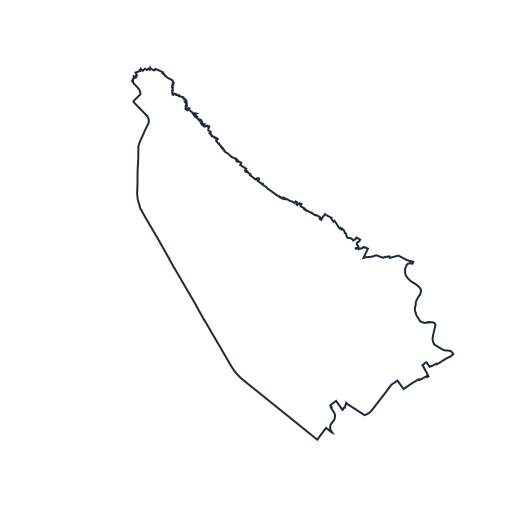 Sector 3, Bucharest, Romania (Natural Earth projection), rotated 42°
{"feature_id": "2599482B73874901058237", "entity_name": "Sector 3", "entity_type": "district", "adm_level": 2, "iso_a3": "ROU", "parent_name": "Romania", "parent_adm1": "Bucharest", "projection": "natural_earth1", "projection_center": [26.157, 44.418], "detail": "fine", "context": "isolated", "style": "outline", "palette": "slate", "viewbox_px": 512, "rotation_deg": 42, "n_neighbors": 0, "source": "geoboundaries", "source_scale": "gbopen_adm2", "svg_char_len": 6009}
<svg xmlns="http://www.w3.org/2000/svg" viewBox="0 0 512 512"><g transform="rotate(42 256 256)"><path d="M468.3,197.1L467.2,196.6L464.7,196.3L463.4,196.8L458.9,200.1L458.1,200.5L448.4,202.4L447.1,202.3L443.9,200.6L442.7,199.4L440.9,196.9L435.7,187.5L435.2,186.9L434.1,186.5L432.3,186.7L431.2,187.4L429.2,189.3L428.9,189.1L428.6,189.4L427.8,190.5L428.1,190.7L426.3,192.7L424.6,193.6L422.4,194.6L421.0,194.5L414.9,192.7L410.2,189.9L409.0,188.5L407.2,185.2L405.9,183.8L404.8,181.2L403.8,176.4L403.7,175.1L403.2,173.6L401.8,171.4L400.9,170.5L398.4,170.0L396.6,169.9L393.2,170.1L388.3,171.1L384.7,171.1L380.8,170.4L379.0,169.4L377.6,168.3L375.4,165.7L374.6,163.7L373.9,161.5L373.9,160.9L374.5,159.4L375.0,158.7L375.9,157.9L377.3,157.3L377.5,157.0L376.7,155.1L373.3,157.0L371.0,158.0L361.6,160.4L356.7,167.8L355.4,167.0L354.7,167.8L354.9,168.0L353.2,169.4L352.7,170.2L352.9,170.2L351.6,172.3L344.9,175.0L342.5,179.1L338.4,183.5L337.2,185.5L334.2,175.7L330.9,176.8L331.0,177.1L329.7,177.6L329.8,178.4L329.2,180.3L328.1,180.8L327.7,182.3L326.5,181.9L325.5,183.8L324.9,183.5L325.5,182.3L325.8,180.7L325.7,180.4L322.7,179.6L322.1,178.0L323.0,176.0L322.4,174.1L318.3,175.0L318.7,177.1L318.4,177.4L318.0,179.4L316.8,179.1L313.9,179.5L312.4,180.9L311.9,181.1L310.1,180.7L307.9,179.1L306.7,179.6L306.4,179.1L303.7,178.0L302.9,178.2L301.8,178.0L301.7,179.2L299.8,178.6L299.5,179.6L290.8,177.3L290.6,178.7L285.6,177.5L285.7,177.3L280.9,178.6L279.2,178.7L279.6,181.1L279.4,181.9L279.7,183.1L280.3,185.5L278.5,185.8L278.1,184.4L277.3,184.3L273.0,185.4L272.9,185.6L272.9,186.0L272.6,186.1L270.2,186.6L269.4,186.4L268.3,186.6L268.3,186.9L267.8,187.1L263.2,188.1L263.3,188.4L260.7,189.1L260.5,188.1L256.8,189.1L256.8,188.8L255.5,188.9L255.0,186.9L253.1,187.7L253.3,188.5L252.5,188.7L252.6,190.2L252.2,190.3L252.3,190.5L251.9,190.6L251.6,189.4L251.1,189.2L250.1,189.4L249.9,188.7L248.9,189.0L249.3,190.7L245.8,191.6L244.1,192.4L241.3,192.9L240.9,193.1L240.8,193.4L239.0,193.9L239.2,194.7L238.6,194.9L238.3,193.9L237.3,194.0L237.2,194.2L237.5,195.1L236.7,195.4L236.8,195.8L234.8,196.2L234.7,195.8L233.5,196.0L233.5,196.5L219.2,198.2L217.9,197.9L212.8,198.6L212.6,197.8L212.2,198.0L212.3,198.4L207.2,199.0L207.0,197.6L206.7,197.6L206.4,196.4L206.1,196.4L206.2,197.1L205.4,197.2L205.5,198.0L204.7,198.1L204.9,199.2L204.3,199.4L203.7,199.5L203.7,199.3L197.5,200.0L197.4,199.0L193.7,199.4L192.8,199.3L192.8,198.9L192.4,199.0L192.5,200.1L191.3,200.2L190.5,199.6L190.3,197.7L183.4,199.0L182.6,196.6L179.7,197.3L179.8,197.6L178.6,197.9L178.7,198.4L178.0,198.6L177.6,197.2L176.4,197.7L176.2,197.2L176.0,197.3L176.0,197.7L175.8,197.1L171.9,198.7L166.2,198.7L162.6,199.4L161.8,198.6L161.4,198.5L159.8,198.4L159.8,198.8L159.3,198.7L159.5,198.3L158.2,197.9L157.7,197.9L157.6,198.3L156.6,198.3L156.2,197.8L153.3,197.7L153.1,197.2L152.4,197.6L149.2,197.0L149.3,194.6L147.6,194.9L147.8,195.5L146.8,195.6L146.4,195.3L145.8,195.4L145.9,195.9L143.0,196.0L143.0,196.5L142.2,196.5L141.4,195.6L140.7,195.8L140.2,195.7L140.2,195.4L139.9,195.4L139.7,195.4L139.6,195.8L139.2,195.8L139.2,194.1L136.8,194.5L136.1,194.4L134.5,191.0L132.6,191.7L132.9,192.5L132.2,192.8L132.1,192.7L131.1,193.2L131.2,193.6L130.9,193.6L130.9,194.1L130.6,194.1L130.6,194.5L130.2,194.5L130.2,193.8L129.7,193.9L129.7,194.4L129.2,194.3L129.3,193.0L129.0,193.3L127.7,193.2L127.6,194.5L125.7,193.9L125.8,192.2L124.9,192.1L123.8,191.7L123.5,193.2L122.9,193.1L122.5,192.9L122.6,192.7L122.1,192.6L122.1,193.1L119.9,192.8L119.6,192.5L119.0,192.4L119.0,192.8L118.6,192.7L118.8,191.8L118.2,191.9L117.9,193.2L116.7,192.8L116.6,193.1L116.1,193.0L116.3,192.1L116.1,191.7L116.6,190.0L115.3,190.8L114.9,190.9L114.9,192.5L113.9,192.5L113.8,191.9L108.1,192.2L107.7,190.8L107.0,191.2L107.4,193.7L105.6,194.0L105.5,193.3L104.9,193.4L104.6,191.7L103.5,192.0L103.4,191.9L103.4,191.5L103.2,191.2L103.6,191.0L103.3,190.6L103.8,190.3L103.5,190.0L102.5,189.0L101.5,189.4L101.2,189.0L101.9,188.5L101.1,187.7L100.5,188.4L99.7,189.0L99.4,188.8L100.3,187.4L99.3,186.9L97.7,186.9L96.7,187.7L95.9,186.7L95.2,186.9L91.9,188.8L91.5,187.9L91.0,188.1L90.8,188.6L89.5,189.1L89.2,188.6L89.5,189.4L89.0,189.8L88.3,189.1L86.1,190.3L86.8,191.6L86.1,191.9L85.3,191.4L82.9,189.1L83.2,188.3L82.7,188.2L81.6,186.5L80.8,186.9L79.3,184.7L80.1,184.3L79.4,183.6L79.0,182.3L77.9,182.6L77.4,181.9L76.7,181.3L70.8,182.7L69.5,182.6L67.6,183.0L67.0,182.5L66.2,182.4L65.5,182.6L65.3,182.2L65.0,182.2L65.1,182.7L64.3,182.9L63.8,181.8L56.6,184.0L56.6,184.6L56.1,184.7L56.2,186.1L56.1,186.3L52.5,187.1L51.5,186.8L52.1,187.7L52.4,188.7L50.6,188.8L50.6,190.3L50.2,190.9L48.2,191.1L47.8,194.3L45.7,194.0L46.2,194.6L46.1,195.0L45.2,195.1L45.0,195.6L45.2,196.0L45.9,196.4L43.7,200.3L46.4,201.2L46.1,202.6L47.1,202.8L46.9,203.2L47.1,203.7L46.7,203.6L46.6,204.7L45.9,204.9L45.5,204.4L45.0,204.4L46.4,206.2L46.1,207.1L47.4,208.0L46.9,208.9L49.8,209.6L55.3,210.0L57.9,210.5L59.9,211.4L61.9,213.2L61.3,222.6L61.6,223.1L62.9,223.6L81.5,224.8L83.5,225.5L85.4,226.7L86.6,228.1L87.5,230.0L89.2,236.2L93.1,248.3L93.9,250.5L95.4,253.4L103.4,262.5L111.4,272.4L120.8,283.0L125.7,289.0L130.4,293.2L136.8,297.1L136.9,297.4L139.3,298.6L140.0,298.5L145.6,300.6L170.3,308.4L192.1,315.7L192.7,315.7L193.6,316.0L194.1,316.6L241.6,331.8L260.3,338.3L260.3,338.1L312.2,354.7L316.8,355.9L319.4,356.3L326.5,356.9L424.4,351.5L423.1,336.8L429.9,336.5L430.8,336.2L428.6,335.7L426.8,334.8L425.4,333.2L424.4,331.6L424.2,330.8L423.7,325.2L423.2,324.1L421.3,321.4L419.1,320.2L413.1,318.5L413.2,317.7L411.1,317.3L412.5,310.1L423.2,312.5L423.4,312.0L422.9,311.2L422.7,310.4L422.9,309.9L423.5,309.5L421.3,304.8L423.2,304.8L443.2,301.6L444.4,299.1L445.2,296.5L445.3,293.0L443.6,270.4L442.9,263.4L442.8,260.8L444.5,254.0L454.7,256.1L457.3,245.3L459.5,238.6L460.5,238.9L463.2,231.3L464.2,231.5L464.7,230.0L456.9,227.1L452.7,225.7L453.3,223.5L453.1,222.1L453.6,221.1L454.1,220.9L459.1,222.2L459.7,220.7L459.9,220.8L460.6,219.4L462.0,215.5L462.6,215.7L463.7,213.1L465.7,205.7L467.4,201.3L467.9,200.7L467.7,200.3L468.3,197.1Z" fill="none" stroke="#1e293b" stroke-width="2"/></g></svg>